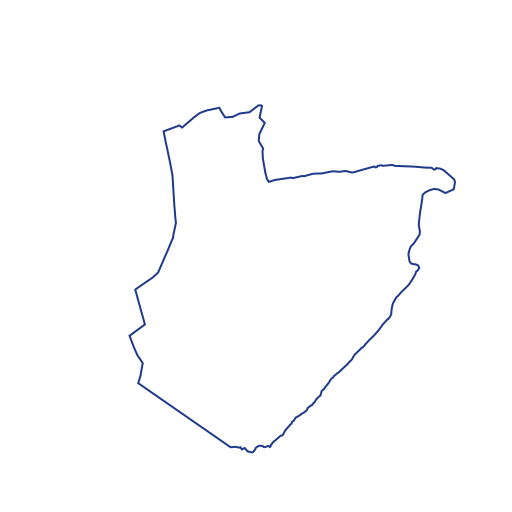 outline of San Lorenzo, Oaxaca, Mexico, rotated 303°
{"feature_id": "50627088B2703983374094", "entity_name": "San Lorenzo", "entity_type": "district", "adm_level": 2, "iso_a3": "MEX", "parent_name": "Mexico", "parent_adm1": "Oaxaca", "projection": "mercator", "projection_center": [-97.876, 16.418], "detail": "fine", "context": "isolated", "style": "outline", "palette": "blue", "viewbox_px": 512, "rotation_deg": 303, "n_neighbors": 0, "source": "geoboundaries", "source_scale": "gbopen_adm2", "svg_char_len": 3385}
<svg xmlns="http://www.w3.org/2000/svg" viewBox="0 0 512 512"><g transform="rotate(303 256 256)"><path d="M85.2,226.5L81.8,337.9L81.9,339.0L85.2,343.3L86.0,346.2L87.1,347.0L86.1,349.6L88.8,351.0L87.6,355.2L88.9,359.3L89.3,359.8L90.2,360.4L91.6,360.5L93.1,360.7L94.7,360.3L96.1,360.7L97.6,361.4L98.9,362.5L99.7,363.7L100.2,365.4L100.0,366.3L100.3,367.3L101.6,368.4L103.0,369.4L103.5,370.1L103.3,371.7L103.8,371.9L104.3,371.9L105.4,371.5L106.0,371.3L107.1,371.7L107.6,371.7L107.8,371.6L108.7,371.7L110.4,372.0L111.8,372.6L113.1,372.9L115.0,373.5L118.5,374.5L118.9,374.7L119.3,375.3L120.5,376.0L124.6,375.6L126.4,375.6L126.8,375.6L130.2,376.2L131.4,376.4L133.4,376.6L134.2,376.9L134.8,377.1L136.8,376.6L138.3,377.4L141.6,377.3L142.5,377.5L143.9,378.3L146.2,379.5L148.8,380.3L149.3,380.6L151.2,381.7L153.3,382.2L154.3,382.7L154.7,382.6L156.4,382.1L156.8,382.2L158.2,382.7L160.4,383.4L161.3,384.2L163.8,384.3L164.9,384.5L165.5,384.7L166.8,384.7L167.3,384.6L169.6,384.7L169.7,384.8L171.6,385.2L174.2,386.0L177.6,384.9L178.4,384.6L180.7,385.2L181.4,385.6L181.6,385.5L182.8,385.4L187.5,385.9L190.4,386.1L191.4,385.9L191.6,385.8L194.7,386.2L196.1,386.8L198.0,386.8L198.4,387.0L200.7,387.7L202.2,388.1L202.8,388.6L206.9,389.6L210.4,390.4L214.0,391.4L218.3,392.1L220.1,392.5L220.4,392.6L222.1,392.8L224.0,392.5L227.4,392.6L235.3,394.4L236.1,394.4L237.3,395.1L239.2,395.7L241.3,395.8L247.4,396.8L247.6,396.9L253.8,398.3L260.0,399.2L262.3,399.4L267.6,399.6L274.7,400.8L274.8,401.1L276.4,401.4L278.1,401.4L280.6,401.2L284.9,398.9L289.3,397.1L291.3,396.6L296.0,396.3L297.8,396.2L300.2,396.9L305.1,397.6L310.3,398.8L315.1,399.8L321.1,399.9L327.9,399.5L329.9,398.8L332.4,399.6L333.6,399.3L334.9,399.5L336.1,397.7L336.4,396.7L335.9,394.1L335.2,393.3L334.8,391.9L334.2,390.3L335.1,387.7L339.5,383.7L340.8,382.7L342.8,382.0L344.6,381.4L348.3,380.6L352.5,381.5L362.9,381.6L365.6,380.3L370.7,375.6L371.9,374.9L380.6,370.5L394.3,364.4L397.9,362.4L401.3,363.2L405.6,365.6L409.2,368.8L410.5,371.4L411.1,372.4L412.0,380.6L419.6,385.5L426.1,382.8L428.1,380.7L428.7,377.0L430.2,366.5L429.6,362.8L427.8,359.2L426.6,359.3L425.5,358.4L425.6,355.1L422.3,349.8L417.8,341.3L415.6,337.4L407.3,323.6L406.6,320.7L402.8,315.9L400.7,313.2L400.2,311.5L397.9,309.0L396.3,308.9L395.4,308.0L395.5,306.5L393.0,304.2L379.0,291.9L378.1,290.6L376.1,284.8L371.9,279.9L369.0,274.4L364.7,269.9L362.1,267.3L362.0,267.2L361.1,266.2L356.8,260.0L355.5,258.5L349.0,252.8L348.5,251.4L341.2,244.3L340.9,242.7L338.4,239.9L330.1,230.5L325.1,226.3L326.7,223.1L331.2,218.2L341.8,208.4L347.3,204.5L348.1,204.0L349.9,203.6L354.0,195.6L360.1,192.4L372.4,190.9L374.0,183.6L385.0,179.4L385.2,178.7L384.2,176.7L383.5,176.0L373.0,172.2L366.6,164.7L359.9,160.6L355.4,154.6L358.1,148.6L360.3,144.5L354.9,139.1L350.9,135.1L345.3,131.0L338.7,128.5L323.5,124.1L323.7,120.4L322.6,119.8L310.2,110.6L300.5,120.1L296.1,124.6L293.7,126.9L290.8,129.8L290.0,130.6L286.7,133.9L281.0,139.3L279.1,141.2L278.4,141.8L276.7,143.1L269.0,148.8L256.2,158.3L254.0,159.9L253.6,160.1L253.2,160.5L250.6,162.6L244.9,166.9L239.9,171.0L239.5,171.0L237.3,171.9L233.2,173.5L229.0,175.1L225.3,176.8L224.1,176.7L223.0,177.0L211.7,179.1L205.6,180.0L201.9,180.7L188.8,182.9L181.9,181.1L180.5,180.6L169.0,175.8L162.1,173.0L147.6,189.3L138.1,200.1L120.2,193.4L115.5,199.8L111.4,205.6L108.2,210.6L104.5,219.3L93.0,224.2L85.2,226.5Z" fill="none" stroke="#1e3a8a" stroke-width="2"/></g></svg>